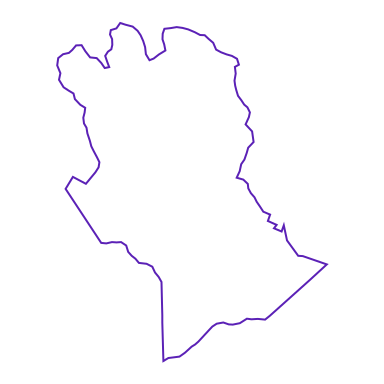 Gramado, Rio Grande do Sul, Brazil
{"feature_id": "56859067B38630420748916", "entity_name": "Gramado", "entity_type": "district", "adm_level": 2, "iso_a3": "BRA", "parent_name": "Brazil", "parent_adm1": "Rio Grande do Sul", "projection": "albers", "projection_center": [-50.903, -29.392], "detail": "fine", "context": "isolated", "style": "outline", "palette": "violet", "viewbox_px": 384, "rotation_deg": 0, "n_neighbors": 0, "source": "geoboundaries", "source_scale": "gbopen_adm2", "svg_char_len": 1864}
<svg xmlns="http://www.w3.org/2000/svg" viewBox="0 0 384 384"><path d="M188.2,29.4L182.5,27.9L176.7,27.1L170.7,28.1L164.4,28.8L162.7,33.7L162.5,39.3L164.2,44.4L165.4,50.5L159.0,54.4L153.6,58.6L149.5,60.2L145.9,54.2L145.1,47.1L143.2,41.0L140.6,35.2L137.6,30.8L132.7,26.6L125.5,24.7L120.2,23.0L116.4,28.4L110.8,30.1L110.0,34.5L112.1,39.1L112.3,44.9L111.3,49.3L107.9,51.7L105.2,55.9L107.1,61.5L109.2,67.1L104.7,68.0L101.3,63.0L96.7,58.1L90.1,57.4L85.3,51.2L81.6,45.2L76.1,45.4L72.2,50.0L68.9,52.9L63.1,54.2L58.2,58.1L57.2,65.4L60.4,73.2L59.0,79.8L63.6,87.3L68.8,90.7L73.5,93.5L74.9,99.1L80.3,104.8L85.2,107.8L84.6,112.6L83.3,117.7L84.0,123.5L86.5,127.7L87.4,133.4L89.9,140.9L91.3,146.3L93.7,151.1L97.1,157.5L99.4,162.2L98.6,167.3L95.4,172.3L85.9,183.8L72.9,176.9L65.6,188.9L101.2,242.9L106.3,243.4L112.0,242.1L116.5,242.4L121.1,242.1L126.2,245.5L128.2,251.9L131.7,255.8L135.4,258.7L138.9,262.9L146.6,263.8L152.3,266.7L155.0,272.5L158.7,277.0L161.5,282.0L162.3,315.4L162.3,322.5L163.4,361.0L168.4,358.0L174.1,357.3L179.5,356.6L185.0,352.7L191.7,346.6L195.1,344.5L198.3,341.7L209.3,329.8L212.3,326.6L216.7,323.7L223.3,322.5L228.8,324.4L232.8,324.6L239.8,323.2L246.9,318.7L251.5,319.3L257.8,318.9L265.1,319.6L269.7,315.9L309.8,280.0L326.8,264.4L302.8,256.1L298.2,255.8L287.0,240.4L283.8,225.3L281.6,231.5L274.0,228.3L276.6,224.9L267.9,221.0L270.1,214.6L263.3,211.7L259.8,206.3L256.7,201.8L254.5,197.3L250.9,193.2L248.3,188.4L247.8,183.9L243.3,179.6L236.7,177.7L239.7,171.2L241.2,164.2L244.4,159.6L246.7,153.0L248.2,147.7L253.6,142.0L252.1,131.4L245.6,124.4L248.9,117.1L249.9,112.4L247.4,107.3L244.2,104.6L241.3,100.2L238.0,95.8L236.3,90.2L235.2,85.8L234.5,80.7L235.7,73.6L234.9,66.9L238.9,64.7L237.0,58.8L231.9,55.9L226.6,54.4L221.1,52.3L216.1,49.6L213.2,42.8L208.5,38.8L204.7,35.2L200.1,35.0L194.8,32.2L188.2,29.4Z" fill="none" stroke="#5b21b6" stroke-width="2"/></svg>